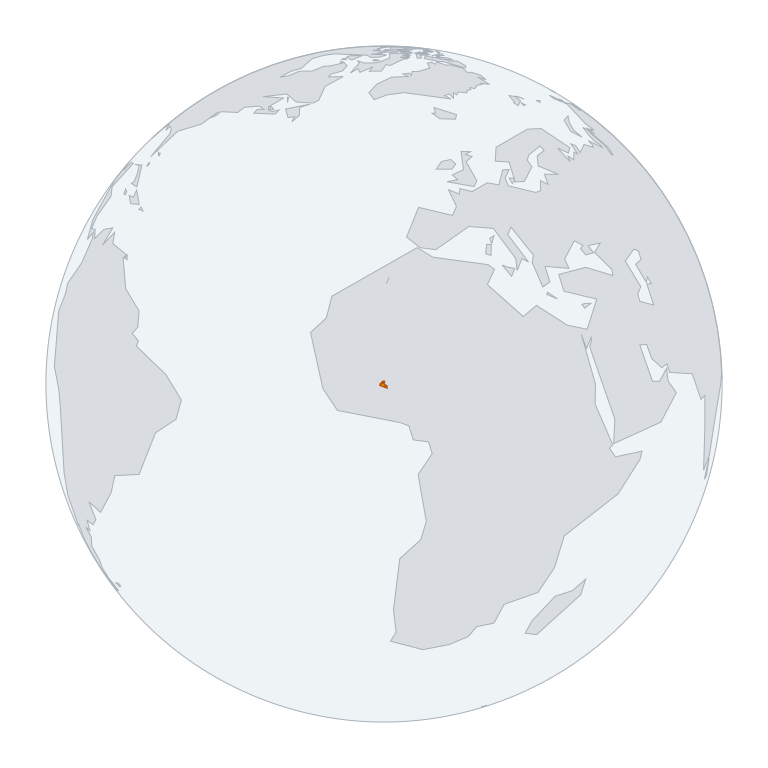 Sissili highlighted on a globe, orthographic projection, rotated 21°
{"feature_id": "BFA-2820", "entity_name": "Sissili", "entity_type": "Province", "adm_level": 1, "iso_a3": "BFA", "parent_name": "Burkina Faso", "parent_adm1": "", "projection": "orthographic", "projection_center": [-2.182, 11.448], "detail": "fine", "context": "on_globe", "style": "filled", "palette": "amber", "viewbox_px": 768, "rotation_deg": 21, "n_neighbors": 0, "source": "natural_earth", "source_scale": "10m", "svg_char_len": 9828}
<svg xmlns="http://www.w3.org/2000/svg" viewBox="0 0 768 768"><g transform="rotate(21 384 384)"><circle cx="384" cy="384" r="338" fill="#eef3f6" stroke="#a8b0b8"/><path d="M290.4,59.3L259.5,70.9L265.8,68.8L257.2,73.6L261.1,73.3L253.9,76.7L263.4,73.8L269.2,70.9L275.4,68.9L278.3,68.8L269.5,72.7L266.8,73.3L265.7,74.5L260.1,76.6L264.5,75.5L253.5,80.9L268.6,75.7L263.3,80.1L254.9,83.8L250.4,83.1L219.8,93.4L209.9,98.8L200.4,105.9L193.8,118.8L185.0,125.5L177.1,134.8L184.3,130.6L193.1,122.1L204.6,117.7L213.9,108.9L220.0,106.2L231.7,98.3L235.6,100.1L233.0,106.6L223.5,113.7L222.1,117.2L235.8,111.6L222.4,127.1L221.4,142.4L217.3,147.0L201.0,152.2L189.3,148.1L168.2,159.0L187.6,153.1L177.1,166.4L177.7,169.5L181.7,170.0L187.9,165.8L185.5,171.1L165.4,177.8L167.3,173.0L173.6,170.6L168.0,169.3L154.5,175.7L150.2,182.9L134.2,188.2L130.9,193.7L125.6,198.6L131.9,189.1L120.3,206.9L100.8,222.0L84.7,255.4L94.4,227.3L94.0,222.2L92.1,220.2L89.3,225.5L90.6,218.1L85.2,226.3L79.2,238.0L90.2,217.0L102.7,196.8L116.5,177.5L131.7,159.2L148.1,142.0L165.7,126.1L184.4,111.4L204.0,98.0L224.5,86.1L245.9,75.6L267.9,66.7L290.4,59.3ZM66.5,268.3L64.8,273.0L64.3,277.7L68.7,267.4L70.9,268.0L59.5,297.0L61.8,306.6L55.9,329.8L55.3,343.7L58.9,343.1L61.8,351.8L67.3,339.9L74.8,335.5L71.4,355.0L78.2,339.0L80.5,350.1L97.3,355.7L95.2,359.6L108.8,387.8L129.1,403.5L133.8,419.0L130.8,427.1L139.1,431.6L139.3,437.4L177.2,453.5L200.5,471.5L202.5,491.4L188.2,511.4L187.7,556.2L165.5,566.0L168.2,583.3L165.4,605.5L150.8,599.7L163.7,613.9L162.8,619.6L155.7,617.7L162.0,626.3L157.1,624.6L165.7,631.8L169.3,640.2L181.6,650.4L187.2,657.0L195.5,662.9L193.4,661.9L194.1,662.9L198.0,665.7L186.5,658.1L170.1,645.3L164.6,640.2L161.6,637.9L148.7,623.8L149.6,625.8L128.7,601.1L117.2,581.6L89.2,519.6L82.3,505.5L70.0,485.8L54.1,432.1L54.3,413.8L52.6,403.2L58.4,379.1L59.6,352.1L58.2,347.1L55.3,355.4L53.3,334.4L56.2,313.2L59.7,289.1L66.5,268.3ZM79.5,266.4L82.6,288.6L76.2,287.2L78.2,284.9L78.4,276.6L77.2,267.7L72.9,268.3L79.5,266.4ZM91.2,250.7L90.3,248.4L91.9,249.3L91.2,250.7ZM228.8,98.0L230.2,98.1L227.3,99.5L228.8,98.0ZM232.6,94.6L228.2,96.1L229.3,94.8L232.0,93.9L232.6,94.6ZM237.7,93.2L231.9,92.3L234.0,90.1L246.0,85.1L237.7,93.2ZM269.9,70.1L263.7,73.1L266.2,70.9L269.9,70.1ZM269.9,69.2L268.7,66.9L279.2,63.1L277.5,64.3L288.9,60.1L294.7,59.2L289.7,61.4L281.7,63.8L290.0,61.8L269.9,69.2ZM278.0,68.0L276.8,67.5L285.9,64.0L289.9,64.3L285.7,65.3L278.0,68.0ZM289.1,59.8L296.6,57.7L303.3,56.2L307.0,55.4L295.7,58.9L289.1,59.8ZM285.1,66.1L291.7,64.7L290.1,66.4L279.8,68.2L285.1,66.1ZM286.5,63.1L291.0,61.6L289.8,62.5L286.5,63.1ZM288.1,73.0L286.4,71.9L291.0,69.8L288.1,73.0ZM294.3,64.1L294.8,63.5L296.4,62.8L300.3,62.4L294.3,64.1ZM301.3,58.0L302.5,58.1L306.2,56.4L311.4,55.8L302.9,58.5L308.7,57.1L310.3,57.0L301.6,59.4L301.3,58.0ZM309.2,59.9L300.1,64.1L302.2,66.2L298.1,67.9L295.6,64.3L309.2,59.9ZM305.5,59.3L306.8,60.0L301.2,61.4L296.7,61.9L305.5,59.3ZM318.0,54.6L312.2,54.8L314.3,54.3L318.0,54.6ZM310.9,60.1L313.0,59.2L311.7,60.1L310.9,60.1ZM317.0,55.8L314.7,55.8L317.1,55.2L317.0,55.8ZM319.2,57.6L316.3,58.8L313.2,59.0L319.2,57.6ZM319.1,56.5L323.0,55.7L313.8,58.3L317.7,56.6L319.1,56.5ZM319.7,55.2L320.3,54.9L320.3,55.4L319.7,55.2ZM332.6,56.6L321.9,59.9L315.0,60.1L326.4,56.8L332.6,56.6ZM209.7,672.7L189.3,660.1L199.0,666.3L196.0,663.5L210.2,672.0L209.7,672.7ZM205.0,665.8L207.3,665.1L210.7,667.0L209.9,668.0L205.0,665.8ZM697.8,258.6L695.0,252.0L698.4,263.6L706.2,301.7L713.2,333.6L713.3,350.0L698.8,308.7L687.7,279.8L685.4,284.7L668.1,264.0L646.5,270.8L640.9,263.9L637.4,269.1L624.8,264.3L615.2,253.1L608.7,255.7L633.6,285.2L640.3,282.7L642.2,268.1L648.2,279.5L660.0,287.4L656.1,320.4L619.8,357.3L612.1,334.0L562.7,275.6L561.8,268.2L561.4,267.5L560.6,266.1L560.4,278.3L550.4,267.0L581.4,308.2L588.4,327.2L619.4,358.9L617.5,363.2L626.2,369.1L649.0,354.2L650.0,362.3L641.9,402.7L606.7,461.2L609.0,494.3L602.4,523.5L575.2,546.5L572.3,567.8L557.5,577.4L553.1,589.6L538.3,603.8L515.4,618.1L482.2,621.8L484.3,611.4L473.9,591.8L461.3,541.4L474.1,516.2L472.8,497.2L448.3,456.3L454.0,431.8L446.4,422.1L431.4,425.6L422.1,414.1L412.5,414.3L350.0,425.4L328.5,410.1L297.0,362.3L306.5,342.9L303.9,320.7L366.1,244.8L384.1,248.1L438.4,235.3L446.1,237.3L444.9,254.2L489.9,271.1L498.2,256.0L533.8,263.4L554.1,260.1L552.2,228.5L518.8,232.9L507.9,219.1L530.5,202.8L558.9,200.7L555.5,195.3L533.3,185.6L535.4,174.9L525.0,181.6L532.5,186.4L526.2,191.2L519.0,187.3L520.0,183.3L510.3,182.1L507.9,202.7L515.2,209.8L492.2,216.4L502.2,229.3L497.5,236.5L478.9,217.6L477.3,210.1L446.3,192.0L445.9,200.1L475.1,218.3L467.9,217.4L467.6,230.4L462.2,219.8L430.4,199.5L406.7,206.6L384.2,240.0L368.8,243.8L352.4,238.6L353.0,206.7L387.4,202.1L388.0,192.3L374.6,179.5L386.2,179.7L384.9,174.4L397.3,172.7L408.3,159.2L419.9,156.9L418.1,141.7L423.9,138.9L423.3,148.4L429.1,154.4L457.1,150.8L460.8,147.2L457.3,138.0L465.5,138.9L458.6,130.6L471.7,125.7L449.9,125.2L445.3,116.1L449.8,108.6L444.4,105.9L437.0,118.4L437.6,123.7L444.3,128.2L442.4,144.6L434.1,148.3L421.3,132.0L408.0,136.0L403.8,122.9L426.5,94.7L439.1,89.2L472.8,96.8L473.4,102.2L461.6,101.7L478.1,109.6L474.1,105.3L480.8,106.5L478.2,99.5L482.8,100.1L472.3,92.8L477.7,92.9L484.3,97.5L484.9,88.7L494.5,87.9L492.4,85.8L487.5,83.7L503.0,85.0L500.8,83.4L494.8,82.3L486.5,78.6L477.8,73.2L483.7,73.9L487.6,76.0L504.6,82.1L514.1,88.4L515.6,88.2L508.7,83.0L488.0,75.4L481.1,72.1L491.0,74.9L486.9,73.5L485.3,72.2L489.2,71.8L478.4,68.6L453.0,56.3L458.1,55.6L469.7,58.6L458.1,54.4L460.2,54.8L484.3,61.3L507.9,69.6L530.9,79.7L553.0,91.4L574.2,104.7L594.3,119.5L613.3,135.8L631.1,153.5L647.5,172.4L662.4,192.5L675.8,213.6L687.6,235.7L697.8,258.6ZM350.5,282.6L350.2,289.2L350.2,289.3L350.5,282.6ZM593.2,215.2L607.4,213.6L593.5,196.3L597.8,194.6L591.6,189.7L592.5,195.1L576.0,182.0L579.4,175.7L573.8,168.5L568.8,168.8L565.2,182.8L588.8,201.1L588.7,209.3L593.2,215.2ZM98.0,355.6L99.6,360.1L96.6,359.2L98.0,355.6ZM72.9,294.5L74.7,296.2L74.8,299.9L73.0,299.8L72.9,294.5ZM93.8,305.8L97.0,308.9L92.6,308.9L93.8,305.8ZM83.6,291.7L91.1,304.0L82.9,306.5L78.5,299.2L82.9,299.6L83.6,291.7ZM85.5,260.8L86.1,262.9L84.3,266.1L85.5,260.8ZM92.4,251.5L91.7,251.4L92.5,248.3L92.4,251.5ZM178.3,165.9L179.8,165.6L182.7,167.2L179.2,168.7L178.3,165.9ZM208.6,163.5L204.0,172.2L204.8,166.6L199.0,169.7L193.5,162.6L215.0,149.0L206.2,156.0L208.6,163.5ZM192.1,150.7L193.1,155.8L191.1,150.8L192.1,150.7ZM365.9,150.4L372.1,153.0L370.4,159.1L355.7,164.7L358.0,155.7L365.9,150.4ZM381.4,155.5L372.7,139.3L381.5,136.1L378.0,140.5L384.7,140.0L380.9,147.0L397.8,160.9L397.4,167.4L370.4,172.6L379.5,166.9L372.8,164.3L381.4,155.5ZM335.0,112.6L331.4,108.0L355.2,106.5L355.8,111.2L341.2,116.3L331.9,114.0L335.0,112.6ZM260.0,85.6L257.1,85.7L259.5,84.4L264.0,83.3L260.0,85.6ZM286.9,72.6L275.4,84.6L271.4,85.0L269.4,92.8L258.2,97.3L259.9,91.9L249.8,101.8L246.8,98.8L241.1,105.6L246.0,93.2L243.0,91.7L250.7,91.4L261.0,87.2L264.6,84.9L272.4,77.7L270.9,73.3L281.0,69.3L288.4,67.6L290.3,68.0L283.2,70.3L290.8,69.2L282.0,73.0L286.9,72.6ZM370.3,63.5L361.3,63.8L375.1,66.6L366.3,68.5L368.5,68.8L364.2,71.6L362.7,75.8L357.9,76.4L359.4,77.9L356.5,80.2L357.0,82.5L348.6,84.7L348.4,88.0L344.6,87.2L346.5,92.4L341.3,89.7L337.2,93.0L344.4,93.9L298.3,104.8L283.0,113.1L273.0,122.1L265.5,117.4L269.9,106.6L281.1,94.8L296.9,88.1L290.6,87.8L296.3,84.7L298.9,86.2L298.3,82.1L303.7,80.2L313.6,72.6L309.5,69.0L313.0,66.6L317.3,67.1L317.8,64.5L328.3,64.0L331.1,62.4L344.2,60.9L351.0,63.5L353.6,61.7L363.7,61.1L370.3,63.5ZM336.4,56.2L346.4,57.7L346.6,59.9L323.6,61.8L319.6,63.3L304.9,65.6L305.0,62.7L309.2,62.2L313.3,61.1L311.7,62.4L316.1,60.6L322.0,60.0L327.0,58.6L328.9,59.4L336.4,56.2ZM451.7,230.5L457.0,230.7L464.7,229.2L464.6,237.8L451.7,230.5ZM429.8,216.8L434.2,215.3L437.8,225.7L432.2,225.9L429.8,216.8ZM433.6,206.1L434.2,214.4L430.5,210.1L433.6,206.1ZM427.0,146.9L431.3,145.3L433.0,147.3L432.0,150.8L427.0,146.9ZM409.5,76.0L404.3,74.9L404.8,74.0L397.3,69.9L403.2,68.7L410.0,70.7L409.5,76.0ZM548.3,234.5L544.2,241.2L540.3,238.8L542.5,236.9L548.3,234.5ZM503.8,239.7L515.4,242.4L503.6,242.0L503.8,239.7ZM414.7,74.0L410.9,72.3L416.2,72.8L414.7,74.0ZM407.1,67.7L412.8,67.8L403.0,68.1L407.1,67.7ZM595.3,646.9L592.4,649.7L590.2,651.0L595.3,646.9ZM643.2,510.2L616.2,563.3L605.1,566.0L607.1,552.0L619.9,520.7L634.1,509.3L642.2,494.0L643.2,510.2ZM714.0,336.3L717.8,353.8L717.2,358.2L714.0,336.3ZM459.7,67.7L463.7,74.0L470.4,79.2L480.3,82.5L468.0,81.3L457.6,73.2L459.7,67.7ZM453.3,57.3L444.5,55.5L447.1,55.2L449.4,55.6L453.3,57.3ZM448.9,56.9L440.6,56.8L434.9,55.2L442.6,55.5L448.9,56.9ZM428.0,63.6L428.8,65.3L424.4,64.7L428.0,63.6ZM438.1,50.4L440.2,50.8L437.1,50.3L433.7,49.8L438.1,50.4Z" fill="#d9dde1" stroke="#a8b0b8" stroke-width="1"/><path d="M388.4,386.6L387.6,386.5L387.4,386.6L386.5,386.7L385.2,386.7L383.9,386.7L382.5,386.7L381.4,386.7L380.8,386.7L380.9,386.4L381.0,386.3L381.3,386.3L381.3,386.2L381.3,385.9L381.2,385.8L380.9,385.6L380.7,385.8L380.5,385.7L380.4,385.4L380.4,385.2L380.5,385.0L380.6,384.9L380.8,384.7L381.1,384.7L381.4,384.7L381.6,384.6L381.8,384.5L381.9,384.4L382.0,384.3L382.0,384.2L381.9,384.1L381.4,383.8L381.3,383.7L381.2,383.6L381.2,383.2L381.6,383.0L381.7,382.9L381.7,382.6L381.7,382.4L381.8,382.2L382.0,382.0L382.1,381.9L382.6,381.6L382.8,381.5L383.0,381.5L383.4,381.3L383.6,381.3L383.7,381.5L383.7,381.8L383.7,382.0L383.8,382.1L383.8,382.4L383.6,382.4L383.4,382.4L383.2,382.4L383.0,383.1L383.0,383.3L383.3,383.5L383.7,383.6L383.8,383.6L384.1,383.8L384.2,384.1L384.3,384.3L384.5,384.5L384.8,384.7L384.8,384.8L385.0,384.9L385.1,385.0L385.2,384.9L385.3,384.8L385.3,384.7L385.5,384.5L385.8,384.6L385.9,384.8L386.0,384.9L386.3,384.9L386.5,384.7L386.8,384.5L387.0,384.5L387.4,384.7L387.4,384.8L387.4,385.0L387.3,385.3L387.2,385.5L387.1,385.8L387.3,385.9L387.4,386.0L387.5,386.0L387.9,386.2L388.1,386.2L388.2,386.3L388.3,386.4L388.4,386.5L388.4,386.6Z" fill="#f59e0b" stroke="#b45309" stroke-width="1.5"/></g></svg>